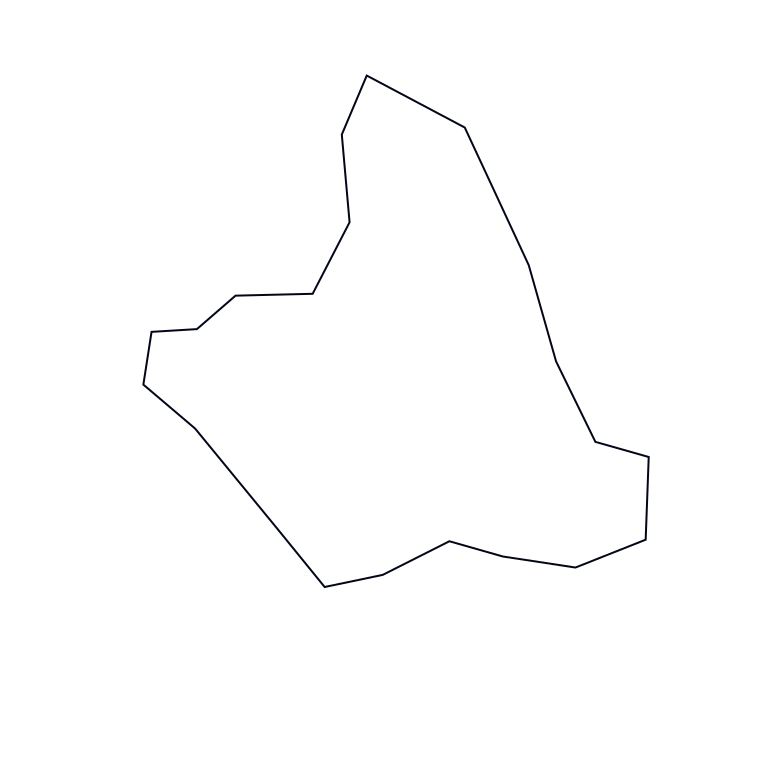 the District of Štimlje, rotated 58°
{"feature_id": "KOS-5912", "entity_name": "Štimlje", "entity_type": "District", "adm_level": 1, "iso_a3": "XKX", "parent_name": "Kosovo", "parent_adm1": "", "projection": "albers", "projection_center": [20.998, 42.412], "detail": "fine", "context": "isolated", "style": "outline", "palette": "ink", "viewbox_px": 768, "rotation_deg": 58, "n_neighbors": 0, "source": "natural_earth", "source_scale": "10m", "svg_char_len": 441}
<svg xmlns="http://www.w3.org/2000/svg" viewBox="0 0 768 768"><g transform="rotate(58 384 384)"><path d="M654.7,244.6L641.1,318.9L593.2,374.7L552.0,411.9L545.2,486.2L524.7,541.9L449.2,551.3L321.7,567.8L257.0,588.4L216.6,553.5L238.3,513.6L230.4,463.1L269.7,396.7L228.6,327.5L150.1,287.6L113.3,235.2L209.3,179.6L284.6,188.9L360.0,198.3L456.0,226.1L545.1,235.4L586.2,198.2L654.7,244.6Z" fill="none" stroke="#020617" stroke-width="2"/></g></svg>